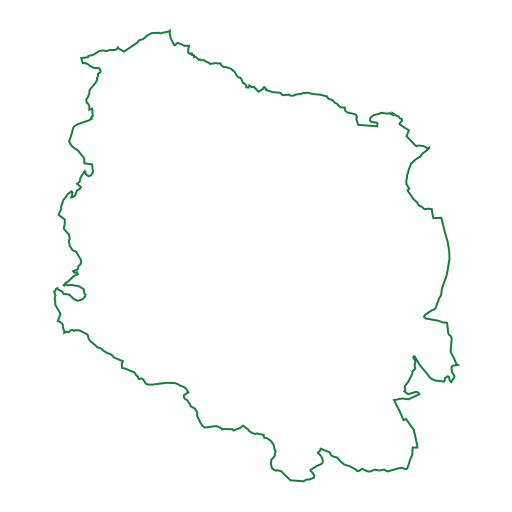 Garbou, Salaj, Romania
{"feature_id": "2599482B85635598983906", "entity_name": "Garbou", "entity_type": "district", "adm_level": 2, "iso_a3": "ROU", "parent_name": "Romania", "parent_adm1": "Salaj", "projection": "orthographic", "projection_center": [23.428, 47.145], "detail": "fine", "context": "isolated", "style": "outline", "palette": "green", "viewbox_px": 512, "rotation_deg": 0, "n_neighbors": 0, "source": "geoboundaries", "source_scale": "gbopen_adm2", "svg_char_len": 5864}
<svg xmlns="http://www.w3.org/2000/svg" viewBox="0 0 512 512"><path d="M406.5,469.1L407.5,467.9L410.1,459.6L412.3,454.9L412.6,447.5L417.3,447.5L417.2,445.2L413.8,429.9L406.0,419.0L403.5,420.1L400.1,412.2L394.0,400.1L402.1,398.5L408.6,399.3L419.4,394.2L418.2,392.6L416.1,391.8L408.1,394.2L404.3,391.3L405.2,390.0L405.0,386.0L408.5,381.4L412.1,374.1L412.5,371.3L415.2,368.8L414.6,365.1L415.5,361.4L413.4,357.7L413.6,356.5L414.0,356.1L414.8,356.7L419.9,365.2L427.8,374.6L429.7,377.4L432.2,379.3L435.8,380.6L444.2,381.5L444.6,381.0L444.9,378.2L447.8,376.3L449.1,377.2L449.6,380.3L451.2,382.1L454.5,376.8L454.3,375.7L451.9,372.1L451.6,367.0L452.5,365.8L457.9,364.9L456.4,364.0L454.0,358.2L451.0,352.6L450.7,350.6L451.7,338.6L450.7,336.0L448.9,334.6L448.3,333.4L447.1,322.9L442.7,322.4L438.2,320.7L425.8,318.5L424.1,317.1L424.3,315.9L425.3,314.8L430.2,311.3L434.9,309.0L435.7,307.7L439.0,298.7L441.1,295.0L441.9,288.6L446.4,276.2L447.3,272.1L449.5,258.8L449.2,251.1L447.6,241.6L445.1,233.1L441.3,217.8L433.5,218.1L432.9,216.7L431.8,209.1L427.9,208.7L424.6,209.2L421.4,206.6L418.9,205.5L417.0,202.3L413.7,199.4L408.0,191.2L407.6,190.1L409.3,188.8L406.4,184.0L406.3,180.9L407.1,177.3L407.0,175.2L408.0,173.1L408.9,168.9L410.7,165.0L410.8,163.8L412.3,162.9L412.7,161.9L416.5,158.8L420.3,156.6L422.9,153.1L426.2,150.9L429.1,148.2L429.1,147.6L427.4,148.3L423.9,146.1L418.1,145.5L416.5,146.2L414.8,144.8L406.5,136.2L408.9,130.4L399.6,124.4L400.2,122.6L401.8,121.0L401.8,119.0L399.9,118.3L398.6,116.4L396.6,115.8L392.7,113.2L393.0,114.9L390.6,114.0L390.7,113.4L389.9,113.2L387.5,113.6L380.6,112.8L379.8,113.6L373.8,115.2L370.5,117.5L370.0,120.5L371.6,122.0L376.8,122.6L377.4,123.3L377.2,126.4L358.2,124.8L356.2,118.8L356.9,117.4L356.2,115.0L354.4,114.0L347.3,112.5L345.2,110.6L344.7,107.6L340.9,107.3L339.6,106.7L337.1,103.9L334.7,102.6L332.8,100.4L328.2,98.6L327.0,96.4L319.7,94.6L312.5,94.0L307.8,92.8L303.2,93.0L300.9,93.9L296.1,94.5L293.1,95.8L289.9,95.5L289.0,94.6L283.1,95.2L281.7,94.5L281.2,93.5L279.4,92.7L272.6,92.1L265.9,90.0L265.7,89.5L266.2,89.1L264.6,87.2L263.8,87.2L263.1,88.9L258.7,91.7L256.6,90.0L255.7,88.5L254.8,88.2L253.8,86.7L251.9,87.2L249.3,85.4L248.5,87.5L246.2,87.3L246.3,85.4L244.5,83.5L243.1,83.1L241.1,78.7L240.1,77.6L238.7,77.6L236.9,75.9L234.4,71.4L232.6,70.4L231.5,68.9L225.2,66.9L223.6,67.0L221.0,64.9L220.5,63.5L215.2,63.2L209.9,63.9L208.8,62.7L205.4,61.4L204.3,60.2L201.2,60.3L199.9,59.4L198.8,59.9L195.7,56.9L194.0,57.1L194.1,55.8L193.5,55.0L192.2,55.1L191.9,53.4L190.3,53.5L190.6,54.2L188.4,53.0L188.1,49.9L189.0,45.8L184.3,45.8L181.0,44.0L177.7,43.0L176.8,43.2L175.6,44.9L174.3,45.2L170.6,38.1L170.3,35.4L169.7,33.9L169.9,30.7L169.0,31.4L160.1,33.4L159.3,32.8L151.8,33.1L147.1,35.5L143.1,39.2L138.9,40.3L137.6,42.4L124.0,51.6L118.4,48.4L117.9,47.4L116.6,49.3L114.8,50.0L109.3,50.1L107.0,51.1L102.7,50.4L99.2,51.1L93.6,54.7L88.3,56.0L88.0,57.2L81.2,58.1L83.0,63.3L85.0,63.0L87.1,63.9L88.9,64.8L89.7,65.9L93.6,67.8L99.4,68.3L100.7,71.4L100.0,72.6L98.1,73.7L97.9,75.0L98.2,75.7L96.9,78.4L97.2,78.8L96.9,80.4L95.5,82.8L89.5,90.1L89.4,93.2L87.9,97.1L86.3,99.6L86.6,102.7L87.9,103.4L89.3,106.0L89.3,109.7L92.2,108.6L92.8,116.3L91.6,116.8L91.2,117.6L91.0,118.5L91.6,118.4L91.6,118.9L88.6,120.5L78.4,124.0L74.0,126.5L73.2,127.9L71.5,134.5L69.1,141.2L70.8,144.7L73.4,147.4L78.1,150.7L83.5,157.4L84.3,159.0L84.3,163.2L92.1,164.5L93.0,172.2L90.9,175.3L88.7,176.3L86.4,174.7L85.4,173.2L85.4,172.0L84.7,172.0L84.6,171.5L80.7,177.3L79.5,181.9L77.1,183.8L81.0,187.2L79.8,188.8L76.8,190.7L75.9,193.8L74.6,195.9L72.7,197.2L71.3,197.4L71.8,196.3L72.4,192.4L71.5,191.3L67.2,194.7L66.5,196.2L63.0,200.4L62.5,203.0L61.1,206.2L61.1,209.2L58.6,214.9L64.8,219.5L64.7,224.5L63.8,227.8L64.0,229.1L68.9,234.5L69.7,238.1L69.7,239.1L68.8,240.6L69.8,246.1L72.6,250.3L75.7,251.5L77.0,253.3L80.7,259.4L81.3,261.8L80.4,264.4L78.3,266.3L77.8,269.3L73.1,271.3L74.4,272.7L77.2,272.3L77.8,274.1L72.8,276.8L68.6,281.1L65.5,283.1L63.7,285.3L64.4,285.7L66.2,284.0L67.7,285.4L71.3,284.9L78.9,286.2L83.5,289.1L84.4,293.5L85.5,294.6L85.2,296.4L83.1,298.6L81.2,299.9L77.2,300.8L73.6,298.8L69.0,294.5L63.6,293.9L62.2,291.5L58.9,290.0L57.5,288.8L57.4,288.2L56.0,288.8L55.4,290.5L54.1,291.9L55.5,295.3L54.6,298.5L55.3,301.5L55.3,304.8L60.5,313.9L57.8,321.2L59.6,321.6L62.4,323.9L63.1,326.4L63.1,328.1L64.3,331.5L64.2,332.9L66.4,331.6L67.8,332.2L69.6,331.6L70.4,330.5L72.4,329.8L73.8,331.0L75.0,330.2L79.5,330.4L87.2,334.3L87.8,335.2L88.6,338.5L90.3,341.2L96.0,345.8L96.9,347.0L101.4,348.8L103.1,350.4L107.6,353.3L110.2,353.9L111.8,355.4L112.6,355.5L113.6,357.3L122.8,361.2L121.9,363.3L121.8,366.1L122.2,368.0L125.3,368.6L134.3,372.4L136.6,375.8L138.1,376.6L138.3,378.7L139.0,379.1L141.3,378.4L143.2,379.4L145.7,383.6L148.1,384.6L152.5,384.6L166.4,382.8L174.3,383.0L177.7,384.0L180.3,385.8L183.4,386.7L185.6,388.2L188.4,392.3L184.1,395.0L183.7,396.1L184.0,397.5L184.8,398.7L187.2,400.2L189.8,403.9L190.7,406.3L195.0,408.7L197.3,412.6L197.1,415.9L200.4,422.7L202.3,425.7L204.5,427.6L216.5,426.0L222.0,428.6L222.1,429.5L224.3,428.9L232.5,429.3L233.4,430.5L240.6,427.7L242.7,425.7L244.4,426.5L246.6,428.5L247.6,428.7L249.1,430.9L252.2,433.0L255.1,434.0L257.2,433.5L263.8,435.0L263.8,437.0L264.3,437.7L267.3,438.3L271.2,441.2L273.7,445.1L274.8,450.2L275.7,451.5L275.0,453.3L274.5,456.4L271.3,459.8L270.9,464.3L272.0,468.1L273.7,469.7L276.0,470.7L276.9,470.2L281.0,471.1L290.5,480.3L303.4,481.3L306.3,479.7L310.1,479.3L313.8,477.6L314.2,477.0L314.2,475.6L312.9,473.2L310.6,470.8L310.5,470.0L316.9,465.9L321.1,464.2L322.5,462.9L322.8,461.1L322.4,458.7L321.0,455.9L318.1,453.2L318.0,452.4L319.9,451.0L320.6,448.7L329.6,452.3L331.5,455.6L333.7,456.7L337.7,457.7L339.6,460.5L344.1,464.5L349.7,466.2L355.8,469.5L357.2,471.1L359.5,470.7L362.0,468.8L367.3,471.3L369.9,471.6L374.6,469.7L379.7,470.5L384.0,469.6L387.5,471.4L400.5,467.8L406.5,469.1Z" fill="none" stroke="#15803d" stroke-width="2"/></svg>